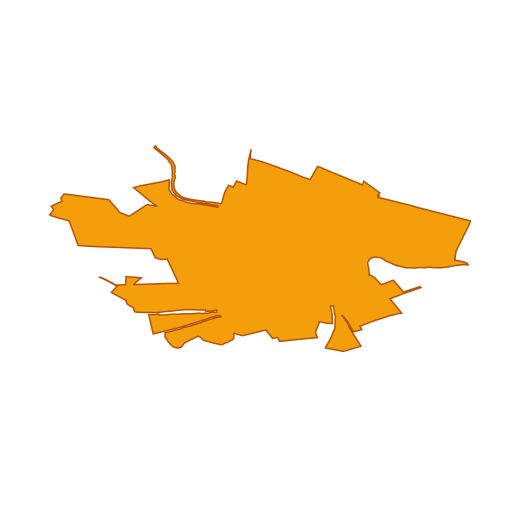 Bauska, Bauska, Latvia (Natural Earth projection), rotated 190°
{"feature_id": "27541924B8748628129152", "entity_name": "Bauska", "entity_type": "district", "adm_level": 2, "iso_a3": "LVA", "parent_name": "Latvia", "parent_adm1": "Bauska", "projection": "natural_earth1", "projection_center": [24.202, 56.407], "detail": "fine", "context": "isolated", "style": "filled", "palette": "amber", "viewbox_px": 512, "rotation_deg": 190, "n_neighbors": 0, "source": "geoboundaries", "source_scale": "gbopen_adm2", "svg_char_len": 6086}
<svg xmlns="http://www.w3.org/2000/svg" viewBox="0 0 512 512"><g transform="rotate(190 256 256)"><path d="M295.7,192.8L290.4,194.1L285.3,195.9L284.5,194.1L285.9,193.6L287.9,193.3L290.6,192.7L292.1,192.0L293.1,191.3L294.7,191.1L296.6,190.7L298.2,190.1L302.3,189.8L307.4,188.4L308.1,188.3L310.4,187.8L310.9,187.7L311.1,187.6L316.7,186.6L319.2,186.0L321.3,185.6L323.6,184.9L326.6,184.6L328.6,184.0L331.6,183.3L333.2,182.6L335.6,182.1L337.0,181.9L338.5,181.5L341.0,181.1L341.4,181.8L345.3,180.8L346.5,180.6L351.5,179.7L345.6,165.8L343.7,161.4L322.1,170.9L317.0,173.4L307.3,178.2L303.4,180.3L295.1,184.7L294.4,185.1L290.0,187.5L284.7,190.0L283.9,190.4L281.6,191.2L281.4,191.0L279.9,190.1L282.1,189.4L284.3,188.5L286.6,187.4L292.0,184.6L297.2,181.8L298.8,180.8L303.8,178.2L310.0,175.0L313.0,173.5L313.2,173.8L316.1,172.4L316.4,171.8L319.0,170.5L322.5,168.9L325.4,167.5L328.3,166.2L332.2,164.5L331.4,159.9L331.1,159.8L330.4,159.4L329.7,158.6L327.8,156.5L326.9,155.7L323.8,153.3L322.0,152.2L321.1,151.9L317.2,151.8L316.9,151.8L316.2,152.1L314.7,152.9L314.1,153.2L313.6,153.5L313.3,153.8L313.0,154.5L312.9,155.3L311.3,157.6L310.8,158.5L309.8,159.1L309.2,159.6L306.6,161.7L304.0,163.4L299.7,166.6L299.3,166.7L298.9,166.8L297.9,166.7L297.3,166.6L292.9,163.9L292.0,163.7L290.6,163.6L287.8,163.4L285.4,163.1L282.7,162.9L276.2,162.6L274.4,162.6L274.2,162.7L270.6,165.4L269.7,165.6L268.9,166.1L267.9,167.0L267.7,167.3L265.4,168.9L264.6,169.5L263.6,170.9L264.2,176.1L255.7,175.1L244.5,179.9L235.1,184.2L233.5,185.0L225.2,177.6L220.7,179.7L218.0,176.0L192.7,183.2L181.2,186.3L181.8,187.2L183.1,188.9L184.0,191.3L184.0,193.0L183.1,196.6L182.5,199.2L182.2,200.9L182.3,202.4L178.4,202.2L175.8,202.2L174.5,202.1L168.9,202.7L170.3,209.2L171.0,211.9L172.0,215.0L173.0,217.1L174.0,219.6L171.0,220.2L168.3,211.9L167.4,210.9L166.4,203.1L165.9,199.1L166.2,195.8L166.7,195.7L166.9,194.0L167.2,192.2L167.6,190.1L168.2,188.0L169.1,185.1L170.5,181.1L171.6,178.3L171.7,177.5L153.5,177.2L136.9,185.4L149.7,199.5L151.9,202.0L151.7,202.2L152.8,203.7L155.3,206.8L157.3,208.8L160.6,211.8L161.0,212.2L160.2,212.4L157.3,210.0L155.9,208.6L150.9,203.2L146.8,198.3L142.9,200.0L139.0,201.9L141.5,204.9L141.3,205.0L139.4,206.1L129.5,212.1L112.3,221.3L112.0,221.2L111.7,221.2L106.6,223.7L102.6,225.0L110.5,231.9L116.7,237.2L114.7,238.3L111.0,240.5L104.4,244.5L88.1,253.6L89.0,254.4L98.6,249.3L104.4,246.1L116.5,256.0L119.6,254.2L124.7,251.1L128.0,249.6L134.9,255.0L139.7,257.0L141.6,257.1L141.5,258.3L142.7,263.2L144.6,267.6L144.9,268.9L144.3,270.3L143.6,272.3L142.1,274.0L139.7,275.2L137.3,275.8L135.9,275.7L134.4,275.9L132.1,275.7L126.2,273.4L123.3,272.7L121.3,272.2L119.2,271.7L117.5,271.3L115.7,270.8L115.8,271.2L107.0,270.4L97.3,271.8L92.1,273.2L90.3,273.5L88.2,273.7L87.3,273.9L84.4,274.8L83.4,275.0L81.8,275.3L79.7,275.3L77.9,275.5L73.1,276.3L71.0,276.7L69.7,277.2L67.6,277.9L64.9,278.5L63.1,279.3L58.0,281.2L52.8,282.8L49.8,283.6L48.4,283.8L46.9,283.9L45.6,284.0L46.8,285.4L46.8,285.6L47.0,285.7L48.3,285.9L50.4,286.2L53.0,286.4L54.7,286.5L55.4,286.5L58.3,286.3L59.1,286.3L59.5,286.3L59.6,286.6L59.4,286.8L59.2,287.2L59.3,287.4L59.4,287.5L59.6,287.6L59.7,290.4L59.7,296.1L59.4,297.0L51.5,323.9L51.3,325.1L50.9,327.8L71.2,329.3L106.2,331.9L113.2,332.7L130.0,333.9L144.6,334.8L146.1,334.8L145.0,336.6L146.6,336.9L144.9,339.6L153.7,343.9L156.8,345.4L162.8,348.4L163.5,344.5L175.5,347.2L176.5,347.4L184.7,349.2L187.7,349.9L191.8,350.8L197.6,352.0L201.0,352.9L205.1,353.7L206.9,354.2L210.8,354.9L212.4,350.7L214.8,343.9L215.9,340.7L219.4,341.3L221.1,341.3L238.2,345.1L242.2,345.8L242.3,345.6L246.9,346.6L254.2,347.9L265.8,349.8L269.8,350.2L278.7,350.8L278.8,353.3L279.2,357.2L279.1,358.2L279.3,360.2L280.0,349.2L279.6,342.5L278.9,336.6L277.9,325.1L278.6,324.5L288.2,326.5L290.5,319.7L291.8,320.1L292.6,320.4L293.6,320.6L295.3,320.9L297.9,313.4L299.1,301.7L299.8,301.5L301.5,301.5L302.7,301.4L305.3,301.4L309.4,301.3L310.1,301.1L314.6,300.6L317.2,301.0L320.9,300.7L324.7,300.6L324.7,300.4L330.6,300.5L335.2,300.7L337.3,301.0L338.9,301.3L341.8,302.7L343.7,303.9L346.1,305.5L347.9,307.8L349.5,312.0L349.6,315.7L349.2,317.6L349.2,319.6L349.7,321.1L350.2,322.2L350.6,323.2L350.4,324.5L350.5,325.7L351.0,327.7L351.1,329.4L351.6,330.8L353.9,333.9L356.4,336.1L357.4,336.7L359.7,338.4L361.9,339.6L362.8,340.2L363.9,340.7L364.8,341.2L366.6,342.0L367.5,342.4L368.1,342.8L370.0,343.9L370.5,344.2L371.9,345.0L374.2,347.1L375.3,344.9L368.9,341.4L360.1,336.1L355.2,331.1L353.3,325.6L352.1,318.7L352.0,313.4L350.3,306.6L348.2,304.4L344.5,301.4L338.6,299.4L333.3,299.0L323.3,298.7L307.9,298.9L302.0,298.8L302.2,297.3L303.4,297.4L307.8,297.3L308.4,297.3L313.9,297.6L315.3,297.3L316.7,297.3L317.5,297.6L319.1,297.3L320.6,297.3L321.2,297.3L323.6,297.1L324.0,296.8L325.4,296.7L326.4,296.7L327.2,296.6L328.1,296.6L329.2,296.5L331.4,296.8L333.2,296.8L333.7,296.9L336.0,297.4L338.2,297.8L340.6,297.8L341.7,298.1L343.8,298.9L345.1,299.7L346.2,300.5L347.3,301.3L349.6,302.4L352.3,305.3L353.3,306.4L354.0,312.6L354.6,316.0L362.5,312.4L382.2,305.0L384.1,304.0L388.5,302.1L379.9,297.3L372.6,293.1L368.6,290.9L366.0,289.6L363.8,288.7L361.8,287.7L365.3,287.7L372.2,287.8L374.4,285.6L387.7,273.2L398.0,275.2L400.3,277.5L410.7,285.9L455.8,283.8L458.2,279.1L456.5,276.2L456.8,276.1L466.4,269.4L463.3,266.6L466.3,260.7L464.3,260.0L459.1,259.4L455.9,259.0L452.1,258.7L446.1,258.2L432.9,235.4L416.2,237.3L360.7,245.0L354.7,236.7L347.9,236.1L343.0,237.6L327.4,215.6L342.4,212.9L342.7,212.6L345.4,212.1L349.1,211.3L352.0,210.7L354.4,210.2L360.7,208.9L362.5,208.5L370.4,206.8L371.4,206.6L371.5,206.8L371.0,207.6L369.6,209.3L365.1,214.6L380.4,213.2L379.5,205.1L389.2,203.0L391.3,203.9L393.3,204.6L402.3,207.4L403.1,207.7L403.9,207.8L404.8,207.9L406.4,208.0L406.5,207.7L405.2,207.6L403.8,207.4L402.5,207.1L395.1,204.8L393.4,204.2L391.6,203.6L389.9,202.9L388.3,202.1L387.6,201.7L392.1,195.0L376.3,189.7L376.5,189.4L374.5,186.3L367.6,183.5L366.0,180.0L363.7,180.0L359.6,180.5L352.9,181.6L342.9,183.3L336.3,185.3L332.1,186.5L330.3,186.9L324.0,188.8L315.9,191.0L311.6,191.7L298.7,193.6L296.5,194.2L295.7,192.8Z" fill="#f59e0b" stroke="#b45309" stroke-width="1.5"/></g></svg>